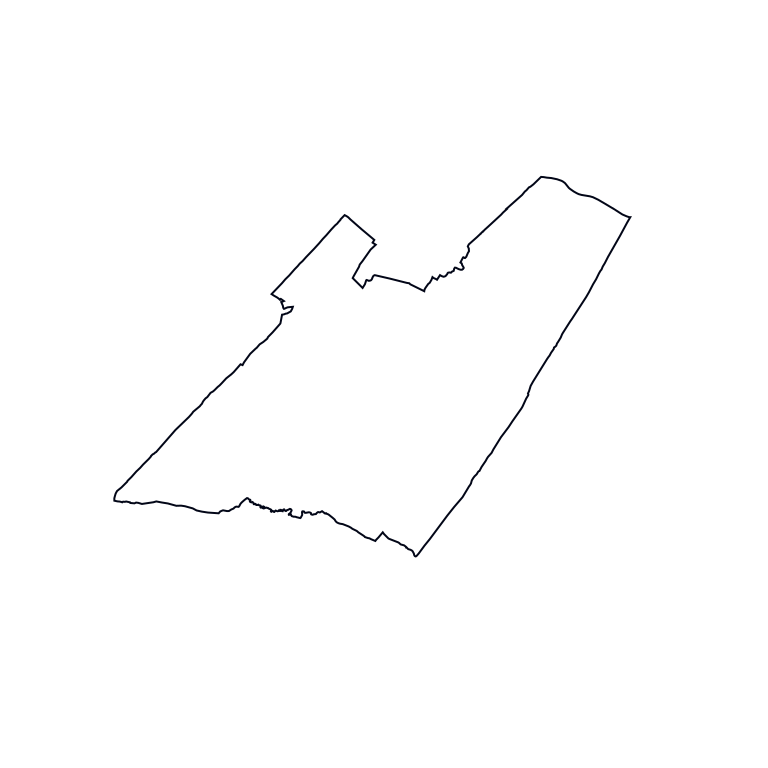 Leorda, Botosani, Romania (Mercator projection), rotated 335°
{"feature_id": "2599482B49555817634638", "entity_name": "Leorda", "entity_type": "district", "adm_level": 2, "iso_a3": "ROU", "parent_name": "Romania", "parent_adm1": "Botosani", "projection": "mercator", "projection_center": [26.484, 47.822], "detail": "fine", "context": "isolated", "style": "outline", "palette": "ink", "viewbox_px": 768, "rotation_deg": 335, "n_neighbors": 0, "source": "geoboundaries", "source_scale": "gbopen_adm2", "svg_char_len": 6118}
<svg xmlns="http://www.w3.org/2000/svg" viewBox="0 0 768 768"><g transform="rotate(335 384 384)"><path d="M407.3,519.8L418.0,512.6L418.9,512.2L420.8,510.9L422.8,508.5L425.2,506.9L427.1,505.9L429.8,505.0L432.0,503.5L432.9,503.1L433.7,503.2L437.4,500.4L443.6,496.7L445.9,495.0L447.5,494.0L452.4,491.9L455.5,489.5L467.6,481.6L478.7,475.7L484.7,472.0L498.1,464.3L500.0,463.0L506.7,457.3L509.9,455.2L510.4,454.5L510.4,453.5L512.4,451.8L516.1,447.7L520.1,444.8L542.3,430.3L544.5,429.0L546.1,428.2L548.6,426.3L552.6,424.0L553.5,422.8L555.2,422.5L556.4,422.0L557.9,420.4L559.6,419.4L563.8,416.6L566.4,414.2L567.7,413.3L579.3,405.9L581.6,404.6L604.0,390.6L608.6,387.4L615.6,382.0L620.5,378.7L625.7,374.5L628.0,372.9L629.5,372.2L631.9,370.0L635.2,367.8L640.7,363.5L660.6,349.4L672.4,340.6L677.7,336.9L676.7,336.4L674.8,334.6L671.7,331.1L666.4,322.7L656.0,307.5L652.3,303.0L649.9,300.9L642.9,296.1L640.7,294.2L639.3,292.5L637.3,289.7L635.0,285.7L634.4,284.4L633.1,279.0L632.8,278.1L631.5,275.8L630.6,274.7L627.4,271.6L622.6,268.0L618.8,265.8L616.2,264.0L613.9,262.7L603.8,266.2L599.9,267.1L598.7,267.0L597.9,267.3L595.0,268.6L593.0,269.1L589.1,271.0L568.9,277.0L569.2,277.4L564.4,278.9L561.8,280.0L545.5,285.2L540.3,286.8L538.9,287.4L538.3,287.4L537.7,287.9L537.1,287.8L535.5,288.5L535.1,288.5L534.9,288.8L534.2,288.9L530.3,290.2L519.9,293.3L518.1,294.7L518.1,297.2L517.4,298.7L517.3,299.3L517.1,299.6L515.4,300.7L512.3,303.5L510.7,304.1L510.2,303.8L509.7,302.8L509.1,302.7L504.6,306.2L505.4,307.6L505.1,309.2L505.4,312.1L505.3,312.5L504.2,313.2L502.9,313.4L501.7,312.8L500.2,311.4L498.3,309.0L497.4,308.5L496.3,309.2L495.0,310.9L493.0,310.9L491.7,311.4L490.3,310.5L489.1,310.2L488.5,310.4L487.5,311.3L486.6,311.6L485.7,312.1L484.7,312.2L483.4,312.0L482.9,311.6L481.7,310.4L480.8,309.0L476.1,311.9L475.5,310.9L473.8,309.0L473.1,307.6L471.1,309.6L468.2,311.6L466.4,312.0L462.2,314.4L460.6,315.6L459.7,316.9L449.9,304.7L449.5,303.4L447.4,302.0L433.9,291.0L422.1,281.8L421.5,281.4L420.2,281.5L418.7,282.5L417.4,283.8L416.3,284.4L415.6,284.5L413.9,284.1L412.3,282.4L411.9,282.4L411.6,282.6L408.9,285.5L405.2,287.9L400.4,274.8L402.3,273.3L410.9,267.2L412.5,265.5L416.3,263.6L428.7,256.5L435.4,254.3L433.4,251.1L436.1,249.3L429.1,234.3L423.2,220.9L422.0,217.7L421.1,216.2L419.7,214.3L414.2,216.4L413.9,216.8L410.4,218.3L409.6,218.8L406.7,219.6L401.5,221.7L394.6,224.8L390.0,226.6L384.6,229.1L377.6,232.0L367.2,236.0L362.1,238.2L358.5,239.3L355.6,240.7L351.6,242.2L343.9,245.6L338.8,247.4L334.2,249.5L320.1,255.0L321.3,257.0L323.7,260.4L324.7,262.2L325.3,263.7L325.9,263.2L326.4,263.2L328.3,266.5L325.5,266.4L325.4,270.4L324.9,272.3L325.0,273.5L325.4,273.7L327.9,273.7L329.1,273.8L334.0,275.5L332.5,277.1L330.2,278.8L326.0,279.1L324.6,278.7L322.7,278.6L320.9,278.1L315.8,285.2L315.4,285.5L304.9,290.1L299.3,292.2L298.4,292.6L297.5,293.5L292.3,294.9L288.1,295.5L283.7,297.5L282.9,297.6L275.5,300.1L266.3,305.2L263.8,307.1L262.3,305.5L252.8,309.7L250.0,310.6L243.4,312.2L237.3,314.7L234.4,315.8L232.0,316.4L227.6,318.0L225.8,318.5L223.1,318.7L218.3,321.2L216.2,321.6L213.6,322.8L212.3,323.6L210.6,325.0L208.8,325.7L207.7,326.3L199.4,328.5L197.5,329.6L193.4,331.4L175.6,337.5L148.7,349.4L147.8,349.4L145.9,350.0L144.6,350.0L142.4,350.8L142.1,351.2L139.2,352.5L131.6,355.2L127.7,356.9L122.6,358.6L115.7,361.6L110.6,363.4L110.0,364.0L102.3,366.8L97.0,368.1L95.8,368.9L94.5,369.9L92.8,371.8L91.3,373.6L90.3,375.8L92.9,377.8L94.7,378.8L96.3,380.1L96.7,380.6L97.8,380.4L99.4,381.3L100.6,381.5L103.8,383.9L103.8,384.6L107.4,386.7L109.2,386.7L111.1,387.9L113.9,390.4L125.0,393.7L128.0,394.2L132.7,397.6L137.6,400.9L144.3,406.6L148.7,408.5L152.0,410.7L158.1,415.9L160.7,419.4L165.0,422.7L170.1,426.1L179.5,431.3L181.7,430.3L184.3,430.4L184.8,430.5L188.0,432.8L189.8,433.6L192.5,433.2L195.0,433.3L196.2,432.8L197.5,432.6L198.5,432.8L200.3,433.9L201.2,433.5L203.5,431.8L205.3,431.1L208.7,430.1L211.6,429.5L212.3,430.0L213.0,431.8L213.8,432.4L213.8,433.0L212.9,433.6L212.8,433.8L213.0,434.5L213.9,435.3L214.7,435.2L215.1,435.6L215.1,436.2L215.5,436.9L215.4,437.5L215.2,437.7L215.2,437.9L215.4,438.1L216.4,438.1L216.9,438.4L217.1,439.7L218.2,440.2L219.1,440.2L219.2,440.4L219.2,440.7L219.3,440.9L220.4,441.7L220.7,442.0L220.8,442.8L220.1,443.1L219.9,443.5L220.0,443.9L221.8,444.7L222.4,443.9L223.0,444.0L223.4,444.6L222.1,445.7L222.4,446.0L224.8,446.2L225.5,446.5L225.9,447.2L226.6,447.5L227.2,448.7L228.1,449.5L228.6,450.3L228.3,450.9L227.7,451.5L227.8,452.1L228.1,452.3L228.8,451.9L229.5,452.0L230.0,452.6L230.1,453.3L230.5,453.6L231.1,453.4L231.7,453.0L232.3,452.9L233.6,454.3L235.2,454.7L235.4,454.2L235.8,454.4L236.1,455.1L236.6,455.3L236.8,454.9L236.6,454.4L236.8,454.2L237.4,454.5L237.9,455.2L238.1,456.3L238.4,456.5L239.5,455.4L240.1,455.3L240.6,455.5L240.7,456.0L240.3,456.2L241.3,457.6L241.8,457.7L242.9,457.3L244.0,457.5L245.9,457.4L246.6,458.0L246.9,458.9L246.8,459.6L244.8,461.2L242.8,461.7L242.6,461.9L242.5,462.3L244.5,463.0L244.4,463.8L244.6,464.8L246.2,466.2L247.2,466.6L248.0,467.2L248.4,467.7L251.4,470.1L252.0,470.0L254.4,468.2L254.8,467.5L255.5,465.6L256.0,465.0L256.5,465.0L257.2,465.4L257.7,465.9L257.6,466.7L257.9,467.3L258.7,467.7L261.7,468.5L262.6,469.2L263.2,469.9L263.1,470.7L262.9,471.3L263.1,471.6L264.2,472.4L265.3,472.4L267.3,473.1L268.5,472.5L269.7,472.2L270.3,472.3L271.6,473.3L274.1,473.1L275.3,475.4L275.5,476.1L276.4,476.8L276.9,476.6L277.1,476.8L277.3,477.5L278.4,478.6L278.8,479.3L280.9,483.5L282.0,486.0L282.1,487.4L282.4,488.6L282.8,489.5L283.9,490.9L285.1,492.0L287.3,493.5L288.0,494.2L291.8,498.2L293.4,500.4L294.1,501.8L297.0,505.4L297.5,506.2L298.0,507.5L301.0,512.3L301.9,513.9L302.0,514.6L304.3,516.8L305.6,517.7L306.7,519.2L309.8,522.6L311.0,521.9L314.2,520.7L320.2,517.9L320.6,520.0L322.7,525.8L323.3,526.6L330.0,533.6L330.6,534.6L331.0,535.7L331.4,536.5L334.0,538.7L335.2,541.0L335.4,541.7L335.2,541.8L335.6,542.2L335.9,543.2L336.2,543.9L338.0,545.5L338.8,546.6L339.2,547.4L339.3,548.3L339.4,550.4L339.1,551.6L339.1,552.4L339.3,553.1L339.6,553.5L340.0,553.7L341.1,553.5L343.8,552.3L352.4,547.6L360.0,543.9L385.8,530.0L395.6,525.1L407.3,519.8Z" fill="none" stroke="#020617" stroke-width="2"/></g></svg>